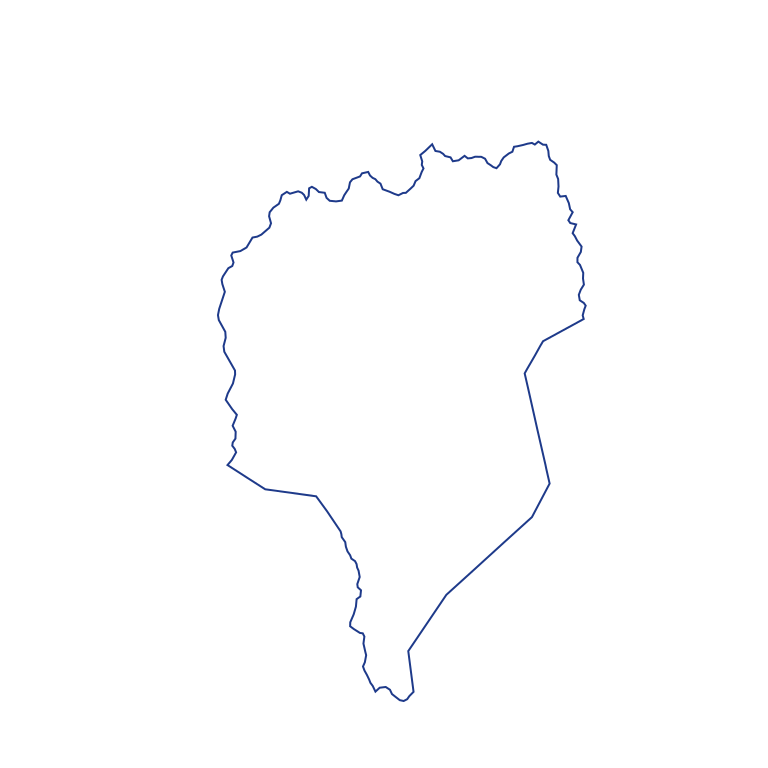 São José do Belmonte, Pernambuco, Brazil (Natural Earth projection), rotated 24°
{"feature_id": "56859067B2829492524896", "entity_name": "São José do Belmonte", "entity_type": "district", "adm_level": 2, "iso_a3": "BRA", "parent_name": "Brazil", "parent_adm1": "Pernambuco", "projection": "natural_earth1", "projection_center": [-38.766, -7.884], "detail": "fine", "context": "isolated", "style": "outline", "palette": "blue", "viewbox_px": 768, "rotation_deg": 24, "n_neighbors": 0, "source": "geoboundaries", "source_scale": "gbopen_adm2", "svg_char_len": 2935}
<svg xmlns="http://www.w3.org/2000/svg" viewBox="0 0 768 768"><g transform="rotate(24 384 384)"><path d="M259.9,238.7L255.8,237.3L252.1,233.4L246.5,235.1L242.4,233.6L237.9,233.2L236.0,235.7L238.7,242.8L238.0,247.2L234.1,243.8L231.1,242.7L227.2,242.9L220.7,248.4L217.1,248.0L213.8,253.1L214.6,258.4L214.7,262.1L211.2,267.9L209.7,273.6L210.8,277.5L215.4,283.1L215.7,287.8L211.2,297.4L208.3,300.9L204.3,303.7L202.9,315.2L198.7,321.0L192.3,325.5L192.2,328.7L197.1,334.2L197.4,337.9L194.7,341.5L193.1,351.2L193.3,354.9L195.7,358.5L201.1,364.5L202.9,382.4L204.3,388.6L207.1,392.8L217.8,400.9L220.6,406.2L222.0,414.6L225.0,419.5L242.4,432.3L244.1,435.8L245.8,445.0L245.1,456.3L245.8,462.8L255.5,468.7L262.1,472.0L262.5,475.9L262.7,483.7L267.9,487.9L270.5,494.3L269.6,498.9L270.5,502.1L274.0,504.0L276.7,506.6L275.9,515.2L274.0,521.7L297.9,525.4L318.3,528.5L367.7,514.2L383.7,523.4L404.3,536.3L406.1,538.5L407.7,541.1L412.9,544.2L415.4,548.2L418.8,551.8L422.7,554.2L425.2,556.8L429.6,557.6L432.2,559.7L434.1,562.6L436.7,564.9L438.4,567.4L440.3,570.2L441.0,577.7L442.7,580.4L446.9,581.8L448.8,587.7L446.5,591.7L448.9,598.8L450.0,606.7L450.1,615.4L451.6,619.1L455.9,620.1L463.3,621.2L466.0,620.4L468.8,622.7L470.8,629.5L473.5,633.1L475.8,636.2L478.0,639.0L479.7,646.0L479.7,650.6L482.7,653.7L486.7,656.7L490.6,660.0L493.1,662.5L496.5,664.4L501.3,668.5L503.6,663.2L508.8,660.1L513.8,660.9L517.4,664.0L520.9,664.9L527.0,666.4L530.9,665.6L533.4,662.5L534.1,658.8L536.2,653.2L514.8,618.1L517.3,604.1L526.7,551.2L541.1,518.6L558.1,479.8L573.3,445.4L575.8,407.6L566.6,395.3L564.4,392.2L542.3,362.8L535.4,353.5L517.6,329.6L508.2,317.1L508.6,312.4L510.3,296.5L511.3,285.3L511.9,280.2L540.0,243.4L537.6,240.5L536.6,234.2L536.4,230.4L533.6,228.7L528.8,227.9L525.7,223.3L525.4,217.8L526.2,211.9L522.9,206.7L520.8,201.4L518.4,199.1L514.6,195.5L511.2,194.1L509.4,190.0L510.1,183.3L508.6,178.1L502.1,174.4L498.2,171.3L495.0,169.5L494.6,160.1L488.7,161.2L485.8,159.4L486.5,150.3L483.0,148.7L479.3,143.6L473.5,138.3L468.8,141.1L465.1,138.7L463.1,132.6L459.7,125.9L456.3,122.6L452.8,113.8L449.4,112.5L444.6,111.6L441.8,108.7L439.3,104.2L434.9,99.5L431.9,100.7L426.4,99.8L424.4,103.9L421.1,103.6L417.4,106.1L413.8,109.1L409.1,112.6L406.3,114.4L406.8,119.6L404.3,122.6L401.2,128.3L400.4,132.6L400.6,136.1L399.0,141.1L395.6,141.4L392.5,140.7L388.7,140.1L384.7,137.1L380.5,136.9L374.8,139.3L372.0,142.0L368.8,143.8L364.8,142.8L361.2,149.3L356.3,152.5L352.6,149.9L347.1,150.9L344.4,149.7L340.6,149.1L336.2,150.2L330.5,145.4L326.9,154.3L324.0,160.1L328.4,165.1L329.4,168.5L332.4,171.0L332.2,175.0L332.6,181.6L330.3,185.8L330.4,190.8L328.8,194.7L326.2,200.5L323.7,201.7L320.4,205.7L316.2,206.1L310.9,206.1L303.6,206.6L299.3,202.4L295.7,201.8L292.8,200.4L289.7,200.3L286.4,199.2L283.3,196.7L278.2,200.5L277.7,204.1L271.9,209.8L270.9,213.6L272.3,219.8L271.6,223.5L270.9,227.7L270.9,233.6L265.9,236.7L259.9,238.7Z" fill="none" stroke="#1e3a8a" stroke-width="2"/></g></svg>